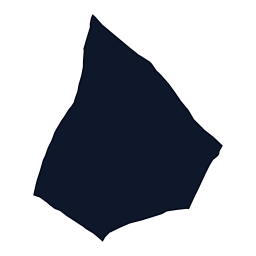 the district of Wlogba, Grand Kru, Liberia
{"feature_id": "62588387B63880548555579", "entity_name": "Wlogba", "entity_type": "district", "adm_level": 2, "iso_a3": "LBR", "parent_name": "Liberia", "parent_adm1": "Grand Kru", "projection": "robinson", "projection_center": [-8.18, 5.084], "detail": "fine", "context": "isolated", "style": "filled", "palette": "ink", "viewbox_px": 256, "rotation_deg": 0, "n_neighbors": 0, "source": "geoboundaries", "source_scale": "gbopen_adm2", "svg_char_len": 1127}
<svg xmlns="http://www.w3.org/2000/svg" viewBox="0 0 256 256"><path d="M102.5,240.6L104.0,237.9L104.6,236.8L108.9,232.3L117.7,228.0L119.2,227.3L129.2,222.9L142.2,219.5L150.7,216.9L161.6,213.5L166.7,210.7L176.8,209.2L186.5,208.1L188.5,208.3L194.4,195.6L197.3,189.9L205.4,172.5L209.0,165.3L212.5,159.5L216.9,155.9L218.5,153.8L218.8,151.1L221.9,145.8L219.9,143.9L213.6,137.9L207.0,132.7L204.3,130.6L193.4,119.7L188.0,110.5L180.4,101.3L174.2,92.2L168.2,84.0L160.8,75.5L155.7,70.6L151.4,64.2L149.3,62.1L144.6,59.1L142.1,57.5L137.7,54.8L132.0,50.2L129.2,48.0L110.5,32.4L101.6,24.9L94.8,17.2L92.8,15.4L91.6,18.2L90.5,23.8L90.6,27.3L88.0,35.6L84.1,48.9L84.5,50.8L84.1,55.2L83.7,61.2L83.6,66.9L82.1,75.0L81.0,78.9L79.2,85.0L78.1,91.4L75.7,98.1L74.3,102.8L71.4,107.2L69.3,109.5L64.3,117.5L62.1,120.5L57.0,129.1L55.2,132.3L54.2,135.0L51.9,141.1L50.6,143.5L48.4,148.1L45.7,155.8L43.6,160.1L40.8,170.1L37.5,180.1L36.0,186.2L34.1,194.8L40.2,196.9L48.4,202.9L49.7,204.3L54.9,208.2L60.4,210.3L61.7,211.3L67.2,215.6L70.7,217.8L83.8,226.4L86.2,228.4L93.4,232.7L100.0,238.2L102.5,240.6Z" fill="#0f172a" stroke="#020617" stroke-width="1.5"/></svg>